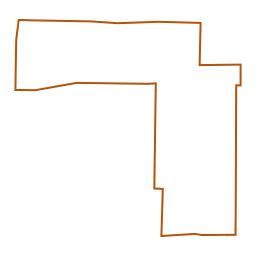 outline of Iron, Missouri, United States of America
{"feature_id": "52423323B85485871485151", "entity_name": "Iron", "entity_type": "district", "adm_level": 2, "iso_a3": "USA", "parent_name": "United States of America", "parent_adm1": "Missouri", "projection": "albers", "projection_center": [-90.823, 37.505], "detail": "fine", "context": "isolated", "style": "outline", "palette": "amber", "viewbox_px": 256, "rotation_deg": 0, "n_neighbors": 0, "source": "geoboundaries", "source_scale": "gbopen_adm2", "svg_char_len": 412}
<svg xmlns="http://www.w3.org/2000/svg" viewBox="0 0 256 256"><path d="M16.2,39.9L15.4,90.0L22.0,90.0L35.1,90.2L76.4,82.9L147.7,83.8L155.8,83.4L154.3,188.5L162.8,188.9L161.4,236.0L168.0,235.6L194.9,233.9L201.8,235.0L235.5,234.8L235.7,214.1L236.2,85.3L240.6,85.3L240.6,64.6L199.6,65.1L200.6,22.9L158.2,21.8L117.5,23.2L91.0,21.4L35.6,20.4L18.7,20.0L16.2,39.9Z" fill="none" stroke="#b45309" stroke-width="2"/></svg>